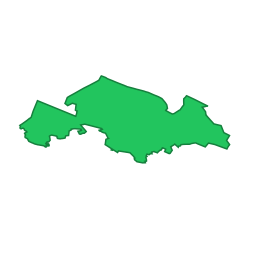 Sīļukalna pag., Riebinu, Latvia, rotated 25°
{"feature_id": "27541924B52460704255524", "entity_name": "Sīļukalna pag.", "entity_type": "district", "adm_level": 2, "iso_a3": "LVA", "parent_name": "Latvia", "parent_adm1": "Riebinu", "projection": "equal_earth", "projection_center": [26.662, 56.5], "detail": "fine", "context": "isolated", "style": "filled", "palette": "green", "viewbox_px": 256, "rotation_deg": 25, "n_neighbors": 0, "source": "geoboundaries", "source_scale": "gbopen_adm2", "svg_char_len": 5089}
<svg xmlns="http://www.w3.org/2000/svg" viewBox="0 0 256 256"><g transform="rotate(25 128 128)"><path d="M73.3,165.1L75.2,163.7L74.9,161.8L75.0,161.3L77.3,159.9L76.7,158.0L75.9,155.6L76.3,155.1L77.3,153.9L77.2,153.5L77.0,153.0L78.0,152.5L78.0,152.3L80.0,151.1L85.4,149.1L85.9,148.9L86.8,149.7L86.7,149.8L86.7,150.0L86.2,150.4L86.0,150.5L85.8,150.8L85.5,151.1L85.2,151.2L84.0,152.1L86.5,154.0L87.8,153.6L89.1,152.0L90.4,151.3L90.6,151.2L91.5,149.3L91.6,148.8L90.6,148.4L90.3,148.2L87.4,146.9L84.6,145.7L83.8,145.2L85.9,143.8L86.9,143.0L87.1,142.8L101.6,140.1L102.2,140.0L104.3,139.6L105.3,140.1L102.7,142.3L102.9,142.5L103.5,142.7L105.2,142.4L105.8,142.6L106.5,142.7L108.1,142.5L109.8,142.2L110.9,143.0L111.7,143.6L113.9,145.4L114.3,145.8L114.5,145.8L112.8,147.6L113.9,151.2L114.1,151.8L114.3,152.7L116.8,153.0L120.2,153.5L120.9,153.6L122.6,153.8L122.1,154.9L123.3,154.8L124.0,154.0L128.9,154.6L129.1,152.8L138.0,150.2L140.4,149.6L140.5,149.7L145.0,151.3L144.9,151.3L146.9,152.3L146.5,152.8L147.0,153.5L147.3,153.9L147.7,154.1L148.7,154.3L149.7,154.6L150.3,154.8L156.0,153.4L158.3,152.2L158.2,152.1L158.0,151.8L158.0,151.7L158.3,150.9L158.0,150.7L157.9,150.7L158.7,150.1L158.3,149.2L156.8,147.3L156.5,146.9L157.2,145.7L156.2,145.3L156.2,143.7L156.9,143.5L157.7,143.5L158.5,143.2L158.7,142.7L158.9,142.0L159.3,141.6L159.8,141.7L160.0,141.5L160.1,140.9L160.4,140.9L159.9,140.4L160.1,140.0L159.8,139.7L160.9,138.8L161.2,138.5L161.3,138.5L161.9,138.2L162.5,138.4L163.3,138.2L165.1,138.1L165.6,136.4L166.4,134.8L166.5,134.5L167.3,134.1L167.3,133.5L167.5,133.1L167.4,132.8L167.7,132.2L167.5,131.6L167.9,131.3L171.1,131.3L171.2,131.9L171.2,133.9L176.1,133.8L176.8,133.3L176.9,133.1L177.5,129.5L175.3,127.6L174.7,127.0L175.0,126.7L174.9,126.6L175.9,125.1L177.3,123.0L177.3,122.9L181.7,124.2L181.6,123.0L183.0,122.1L183.1,121.9L183.0,120.7L185.5,119.2L185.9,119.0L188.3,117.8L190.6,116.7L190.8,116.6L191.7,115.7L191.8,115.5L193.4,114.3L195.6,112.9L197.7,112.9L206.0,112.5L207.3,107.7L210.8,106.9L213.6,106.3L218.4,105.9L226.5,105.2L226.6,102.7L227.1,100.1L222.6,97.6L223.1,93.1L223.1,92.8L223.2,92.4L223.2,91.9L216.8,91.7L212.0,87.1L211.3,86.5L209.9,86.8L205.6,87.7L203.9,88.0L203.2,87.6L198.9,85.8L198.0,85.4L195.4,84.3L194.9,84.0L193.3,83.4L193.1,83.2L193.1,82.9L192.9,82.7L192.7,82.6L192.6,82.4L192.5,82.2L192.3,82.0L191.9,81.3L191.7,80.9L191.3,80.4L191.1,80.3L186.5,77.8L188.1,76.6L190.2,74.9L190.3,74.7L190.5,74.7L191.3,74.4L185.9,74.3L183.0,74.2L179.8,74.1L176.3,74.0L173.3,74.0L167.5,74.0L167.2,74.7L167.2,75.1L167.1,75.6L166.2,77.9L166.9,79.7L168.0,81.9L168.8,83.4L168.8,83.5L168.4,85.2L168.3,85.3L168.1,86.6L168.0,87.2L167.7,88.5L167.7,89.2L167.5,89.6L167.0,90.2L165.3,92.9L163.6,95.6L162.2,96.6L159.2,96.5L157.7,96.4L156.6,96.3L156.3,96.3L154.9,96.2L154.7,96.1L155.5,93.6L153.4,90.7L151.0,89.2L147.2,87.4L146.2,87.0L142.5,86.8L140.1,86.9L139.0,87.0L136.7,87.1L131.3,87.2L128.6,87.7L128.0,87.7L126.5,87.9L120.5,89.0L120.3,89.1L117.8,89.5L116.5,89.7L114.3,90.1L109.4,91.0L109.0,90.9L97.3,91.6L94.0,91.7L90.8,91.9L88.3,92.0L88.2,92.0L86.5,91.7L83.4,91.9L81.8,92.1L81.7,92.8L81.6,93.9L81.4,97.0L80.9,97.7L80.9,97.8L78.6,100.9L74.0,106.9L71.2,110.4L64.3,120.1L61.7,123.6L60.1,126.0L60.5,132.4L63.9,133.2L67.1,129.1L71.0,128.5L72.8,134.1L74.5,134.3L74.7,134.2L74.8,134.7L74.8,134.9L75.1,135.7L75.3,136.5L75.7,139.5L34.4,141.5L34.9,152.2L35.0,153.5L35.3,155.8L35.7,159.3L35.6,159.5L35.3,160.1L35.2,160.3L34.7,160.9L34.8,161.0L34.3,161.7L33.7,162.9L33.6,163.2L30.3,169.1L28.9,171.3L29.2,171.4L29.5,171.6L29.8,171.9L29.9,172.1L29.8,172.6L30.0,173.1L30.1,173.4L30.1,173.6L30.3,173.7L30.6,173.9L30.8,174.0L31.0,174.0L31.3,173.9L31.6,173.8L31.8,173.7L32.1,173.2L32.3,172.9L32.5,172.8L33.0,172.6L33.4,172.5L33.6,172.5L33.9,172.6L34.4,172.9L34.7,173.2L34.9,173.5L35.7,173.8L36.1,173.9L36.6,173.8L37.7,174.0L37.8,174.1L37.9,174.3L38.0,174.4L37.9,174.5L37.7,174.8L37.4,175.2L37.3,175.3L37.0,175.7L36.6,176.2L36.6,176.3L36.5,176.5L36.7,176.8L37.3,177.1L37.9,177.4L38.1,177.5L38.2,177.8L38.0,178.5L38.1,178.9L38.2,179.1L38.4,179.4L38.5,179.7L38.7,179.9L38.9,180.1L39.0,180.1L39.4,180.1L41.3,180.2L41.4,180.3L41.7,180.4L41.8,180.5L42.3,180.9L42.5,181.1L43.0,181.5L43.8,182.0L44.9,182.0L47.2,182.0L47.9,181.9L50.0,181.9L53.4,181.3L54.3,181.0L58.1,180.0L59.1,179.7L60.4,180.0L61.3,180.1L61.5,179.9L61.8,179.7L61.7,179.6L61.1,179.0L61.2,178.7L61.3,178.6L61.5,178.5L62.0,178.5L62.3,178.5L62.6,178.4L63.6,177.8L63.9,177.6L64.0,177.5L64.0,177.3L63.7,177.1L63.3,176.2L63.2,176.1L62.6,176.0L62.3,176.0L62.1,176.0L62.3,176.3L62.0,176.5L62.3,176.6L62.3,176.8L62.1,177.1L61.9,177.2L61.4,177.2L61.0,177.3L60.8,177.3L60.4,177.1L60.3,176.7L60.1,176.7L60.5,175.0L60.6,174.7L61.1,174.5L61.8,174.2L62.0,174.2L62.1,173.9L62.4,172.6L62.5,172.3L62.6,171.9L62.4,171.7L62.0,171.1L61.6,170.4L61.0,169.6L60.4,168.9L60.2,168.6L60.2,168.4L61.0,167.5L61.5,166.9L61.7,166.7L62.0,166.6L63.9,166.2L65.4,165.8L65.8,165.8L66.6,165.5L66.8,165.5L67.1,165.6L67.4,165.8L67.4,166.1L68.1,167.0L68.4,167.1L68.6,167.2L68.8,167.2L70.8,166.6L71.1,166.5L71.4,166.3L71.9,165.9L73.3,165.1Z" fill="#22c55e" stroke="#15803d" stroke-width="1.5"/></g></svg>